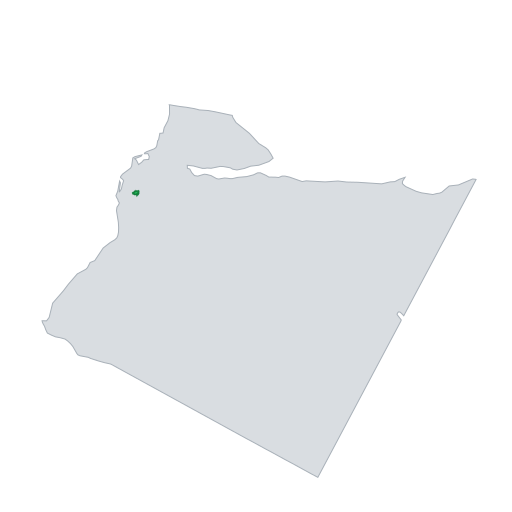 Basyun, Al Gharbiyah, Egypt shown in context, rotated 298°
{"feature_id": "37247803B14729269607977", "entity_name": "Basyun", "entity_type": "district", "adm_level": 2, "iso_a3": "EGY", "parent_name": "Egypt", "parent_adm1": "Al Gharbiyah", "projection": "robinson", "projection_center": [30.832, 30.96], "detail": "fine", "context": "in_parent", "style": "filled", "palette": "green", "viewbox_px": 512, "rotation_deg": 298, "n_neighbors": 0, "source": "geoboundaries", "source_scale": "gbopen_adm2", "svg_char_len": 4470}
<svg xmlns="http://www.w3.org/2000/svg" viewBox="0 0 512 512"><g transform="rotate(298 256 256)"><path d="M426.9,414.4L417.6,414.4L408.3,414.4L398.9,414.4L389.6,414.4L380.3,414.4L371.0,414.5L361.7,414.5L352.4,414.5L343.1,414.5L333.8,414.5L324.5,414.5L315.2,414.5L305.9,414.5L296.6,414.5L287.3,414.5L278.0,414.5L272.6,414.5L273.6,411.6L274.1,409.5L273.5,408.0L271.7,407.7L270.5,408.1L267.7,414.3L266.3,414.5L263.0,414.5L252.1,414.5L241.3,414.5L230.4,414.5L219.6,414.5L208.8,414.5L197.9,414.5L187.1,414.5L176.3,414.5L165.4,414.5L154.6,414.5L143.8,414.5L132.9,414.5L122.1,414.5L111.2,414.5L100.4,414.5L89.6,414.5L89.6,407.1L89.7,399.7L89.8,392.4L89.9,385.0L89.9,377.6L90.0,370.3L90.1,362.9L90.1,355.5L90.2,348.1L90.3,340.8L90.3,333.4L90.4,326.0L90.5,318.7L90.6,311.3L90.7,303.9L90.8,296.6L90.9,289.2L91.0,281.8L91.1,274.5L91.2,267.1L91.3,259.7L91.4,252.3L91.5,245.0L91.6,237.6L91.7,230.2L91.8,222.9L91.9,215.5L92.0,208.1L92.1,200.8L92.2,193.4L92.3,186.0L92.4,178.7L92.1,177.3L90.7,172.3L89.3,165.9L87.9,158.1L87.8,155.5L85.3,147.5L85.1,145.2L85.8,143.6L90.1,136.8L91.5,133.5L92.6,129.5L93.0,126.3L91.9,121.4L90.5,117.0L90.1,112.5L90.0,108.0L92.2,105.0L94.8,102.1L95.8,100.4L97.3,98.4L98.4,97.5L100.4,101.5L104.7,102.2L118.9,98.6L134.5,102.2L143.1,103.6L156.3,106.6L164.4,112.0L166.6,112.7L172.4,112.6L176.2,115.8L191.3,117.3L199.4,120.9L204.0,123.7L206.7,124.6L209.2,124.4L212.5,123.4L216.6,121.4L221.2,118.6L230.6,111.5L233.9,110.3L236.0,110.6L238.7,110.5L239.8,108.6L241.2,107.3L242.0,105.8L243.5,104.0L248.3,103.5L258.1,100.4L257.0,101.9L248.1,105.3L251.9,105.7L255.8,104.6L260.3,103.8L261.1,102.3L261.6,99.6L262.5,99.2L265.6,99.7L274.7,104.0L277.0,104.0L283.4,101.7L284.8,101.2L286.9,102.5L291.7,107.8L290.0,107.7L284.9,103.2L284.5,105.4L281.6,109.4L285.2,111.1L288.2,111.8L289.7,114.0L290.8,115.9L293.7,115.1L295.7,112.4L294.6,110.9L293.9,109.4L294.9,109.3L296.9,110.6L302.7,115.7L304.7,116.7L306.9,116.6L311.6,115.1L312.9,115.4L319.2,113.5L320.0,114.9L321.0,116.2L326.1,114.7L334.1,114.7L340.6,113.1L348.2,109.0L348.8,108.4L349.2,109.4L350.1,112.2L352.5,119.2L354.6,124.6L357.1,132.2L357.9,135.2L358.3,137.2L362.0,145.5L364.2,152.4L365.8,158.0L368.1,166.1L369.0,169.0L367.5,170.4L364.4,175.7L361.2,192.6L356.6,205.7L356.1,213.9L355.4,216.9L353.1,221.1L350.4,225.2L345.5,223.1L337.5,215.9L332.8,209.1L327.8,204.6L323.0,198.8L321.7,194.6L321.8,191.9L319.7,185.3L318.2,182.2L312.4,175.2L310.7,171.5L309.5,169.9L308.2,167.5L306.1,158.4L303.8,152.7L301.2,154.3L301.7,156.7L299.5,160.0L298.1,163.9L299.2,167.1L303.9,171.9L304.8,174.1L305.9,178.6L305.8,184.9L306.5,187.0L310.1,191.6L311.3,194.4L312.1,196.7L313.3,198.9L316.8,202.9L321.8,210.6L326.6,215.8L330.1,218.3L331.5,220.8L331.9,227.2L331.7,230.3L334.7,236.1L335.9,239.1L338.8,241.5L340.2,244.2L341.4,248.6L343.4,261.8L345.9,265.0L353.9,282.3L360.7,293.2L363.9,301.4L368.9,311.3L378.7,333.1L384.5,339.8L386.8,343.6L391.0,346.5L395.5,350.7L391.2,350.3L390.1,350.6L388.6,351.3L387.9,353.9L387.6,355.9L388.3,367.0L389.5,372.6L393.3,383.3L396.2,386.5L397.6,388.5L399.5,390.1L408.5,393.7L413.8,401.4L425.7,411.1L426.8,413.8L426.9,414.4Z" fill="#d9dde1" stroke="#a8b0b8" stroke-width="1"/><path d="M256.2,118.6L255.6,118.5L255.4,118.4L255.2,118.4L254.9,118.5L254.7,118.5L254.7,118.4L254.6,118.2L254.5,117.8L254.4,117.7L254.2,117.6L253.9,117.7L253.7,117.6L253.6,117.8L253.4,118.1L253.5,118.2L253.2,118.4L253.1,118.5L253.3,118.7L253.4,118.8L253.5,118.9L253.6,119.1L253.7,119.3L253.7,119.5L253.5,119.8L253.4,119.8L253.3,120.0L253.4,120.3L253.5,120.4L253.6,120.5L253.8,120.6L254.0,120.8L254.3,121.1L254.3,121.3L254.3,121.5L254.2,121.7L254.2,121.8L254.1,122.0L254.3,122.0L254.5,122.1L254.5,121.9L254.7,121.7L254.9,121.7L254.9,121.8L255.0,121.8L255.0,122.0L255.1,122.3L255.3,122.4L255.3,122.5L255.4,122.4L255.3,122.2L255.5,122.1L255.8,122.1L256.0,122.1L256.0,122.3L256.0,122.5L256.1,122.8L256.1,123.0L256.3,123.0L256.4,122.9L256.4,122.7L256.5,122.8L256.7,122.7L256.8,122.5L257.0,122.5L257.1,122.4L257.4,122.4L257.5,122.4L257.8,122.3L257.9,122.2L257.7,122.2L257.6,121.9L257.8,121.8L258.0,122.0L258.1,121.9L258.2,121.6L258.1,121.4L257.9,121.3L257.9,121.2L257.7,121.0L257.6,120.8L257.4,120.4L257.2,120.3L257.2,120.2L257.0,119.9L257.0,119.7L257.1,119.4L256.9,119.4L256.7,119.4L256.4,119.3L256.3,119.2L256.2,119.2L255.9,119.0L255.9,118.9L256.0,118.8L256.2,118.7L256.2,118.6ZM253.7,122.4L253.8,122.4L253.9,122.5L254.0,122.5L254.1,122.3L254.1,122.2L253.9,122.2L253.7,122.4Z" fill="#22c55e" stroke="#15803d" stroke-width="1.5"/></g></svg>